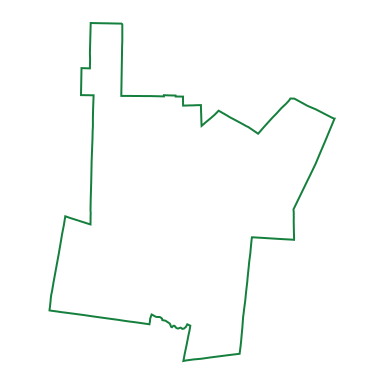 the district of Afumati, Dolj, Romania
{"feature_id": "2599482B89919086684151", "entity_name": "Afumati", "entity_type": "district", "adm_level": 2, "iso_a3": "ROU", "parent_name": "Romania", "parent_adm1": "Dolj", "projection": "mercator", "projection_center": [23.444, 44.0], "detail": "fine", "context": "isolated", "style": "outline", "palette": "green", "viewbox_px": 384, "rotation_deg": 0, "n_neighbors": 0, "source": "geoboundaries", "source_scale": "gbopen_adm2", "svg_char_len": 3203}
<svg xmlns="http://www.w3.org/2000/svg" viewBox="0 0 384 384"><path d="M239.6,353.8L240.6,346.0L241.1,341.3L242.0,331.2L242.3,328.2L243.1,317.2L243.6,313.5L244.1,309.1L245.2,301.0L246.2,290.9L246.6,287.5L247.3,281.5L247.6,277.7L248.7,267.1L249.2,261.8L250.0,255.8L250.3,253.4L251.0,245.6L251.4,241.6L251.7,238.9L251.8,238.7L251.9,237.3L252.6,237.3L262.8,237.9L280.3,239.0L293.1,239.7L294.0,239.8L294.1,238.4L293.9,232.0L293.7,220.9L293.8,217.2L293.7,215.4L293.8,213.4L293.5,209.4L293.6,209.1L294.7,206.9L307.6,180.3L309.3,176.9L312.3,170.7L315.7,163.6L320.3,152.6L325.5,140.4L331.3,126.4L332.7,123.0L334.5,118.7L334.3,118.7L331.4,117.4L315.9,109.4L307.6,105.9L294.3,98.6L292.8,98.6L291.4,98.5L290.4,98.5L289.0,100.6L285.9,103.9L281.3,108.2L276.6,113.4L272.1,118.0L263.6,127.4L258.5,133.3L258.1,133.7L248.1,126.9L247.7,126.8L245.5,125.7L244.0,124.8L237.7,121.4L232.1,118.4L230.5,117.6L228.6,116.5L227.9,116.0L227.2,115.6L226.2,115.0L225.3,114.6L225.2,114.5L224.9,114.2L224.4,113.9L224.0,113.7L223.6,113.5L223.2,113.4L221.8,112.5L218.6,110.7L218.5,110.8L216.8,112.6L214.7,114.7L213.2,116.0L211.4,117.6L209.7,119.0L207.4,120.9L205.7,122.3L204.0,123.8L203.2,124.5L201.6,125.9L201.5,124.6L201.4,121.7L201.3,118.4L201.2,114.7L201.1,112.5L201.0,108.5L200.9,105.1L196.5,105.2L192.1,105.4L189.6,105.4L187.2,105.5L183.1,105.6L183.1,105.3L183.0,99.8L183.0,96.6L175.7,96.5L175.7,96.0L175.6,95.5L173.8,95.5L168.9,95.4L163.9,95.2L163.9,96.4L151.9,96.1L121.3,95.9L121.3,94.7L122.1,47.0L122.1,45.9L122.3,41.7L122.3,33.6L122.3,28.2L122.3,25.3L122.3,24.6L122.2,24.3L122.0,24.0L121.7,23.8L121.4,23.6L120.9,23.6L105.0,23.3L94.1,23.1L90.7,23.0L90.3,38.2L89.9,53.3L90.1,59.2L89.9,68.4L81.5,68.1L81.0,95.1L93.6,95.3L93.1,109.0L92.9,118.3L92.9,126.1L92.8,128.6L92.7,129.9L92.6,133.0L92.5,138.3L91.6,162.1L91.5,168.1L91.2,182.3L90.7,199.6L90.5,210.2L90.7,213.2L90.6,215.3L90.5,224.4L88.1,223.7L71.8,218.5L69.6,217.8L68.2,217.3L65.3,216.3L65.0,218.0L63.9,224.9L62.0,234.6L61.0,240.7L58.6,254.7L53.5,282.4L52.0,291.4L51.2,295.0L50.7,299.0L50.6,300.7L50.5,301.8L50.3,303.4L50.2,304.5L50.0,306.5L49.8,307.9L49.6,309.3L49.5,310.4L51.2,310.7L58.6,311.7L61.1,312.1L65.2,312.6L75.9,314.0L84.2,315.1L89.5,315.9L97.9,317.1L105.9,318.2L118.5,319.9L122.9,320.6L130.6,321.7L132.6,321.9L137.8,322.6L148.9,324.2L149.4,324.3L149.9,321.8L150.2,318.6L151.6,314.5L152.3,314.8L152.5,314.9L152.7,315.1L152.8,315.1L153.0,315.2L153.2,315.3L153.5,315.5L153.9,315.7L154.7,316.2L156.0,316.8L157.0,317.0L158.1,317.0L158.9,317.0L159.8,317.0L160.6,317.5L161.6,318.2L162.1,318.7L162.2,319.4L162.2,319.9L162.4,320.1L163.1,320.3L164.6,320.5L165.7,320.8L166.8,321.6L167.1,321.8L169.7,323.5L170.3,324.5L171.0,326.7L171.1,326.8L172.0,327.2L173.4,325.8L174.4,325.8L174.9,326.2L175.1,326.6L175.6,327.0L175.8,327.5L176.4,328.0L177.3,328.4L178.1,328.5L179.1,328.2L179.6,328.0L180.2,327.7L180.6,327.7L181.3,328.0L181.7,328.4L182.1,328.7L182.4,328.9L183.4,328.6L184.1,328.5L185.1,327.6L185.9,326.9L186.5,325.8L187.3,324.3L189.0,325.1L190.3,325.7L190.1,327.0L189.6,330.1L188.6,334.6L187.7,339.3L187.3,341.3L186.4,345.9L184.8,353.4L183.4,361.0L185.7,360.5L193.9,359.4L200.9,358.8L210.7,357.4L230.3,354.9L239.6,353.8Z" fill="none" stroke="#15803d" stroke-width="2"/></svg>